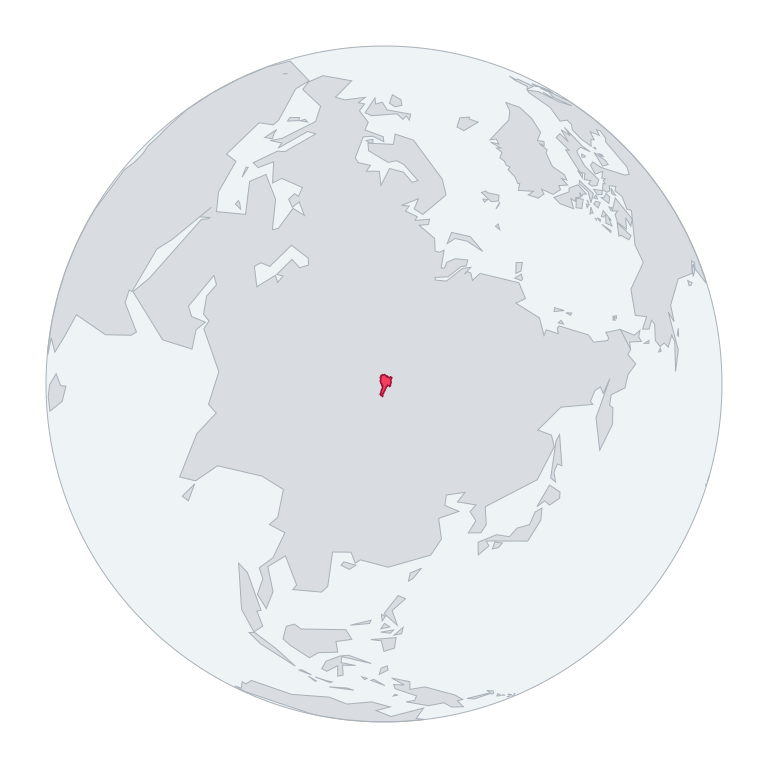 the Earth from above Bayan-Ölgiy, rotated 47°
{"feature_id": "MNG-3208", "entity_name": "Bayan-Ölgiy", "entity_type": "Province", "adm_level": 1, "iso_a3": "MNG", "parent_name": "Mongolia", "parent_adm1": "", "projection": "orthographic", "projection_center": [89.851, 48.282], "detail": "fine", "context": "on_globe", "style": "filled", "palette": "rose", "viewbox_px": 768, "rotation_deg": 47, "n_neighbors": 0, "source": "natural_earth", "source_scale": "10m", "svg_char_len": 14507}
<svg xmlns="http://www.w3.org/2000/svg" viewBox="0 0 768 768"><g transform="rotate(47 384 384)"><circle cx="384" cy="384" r="338" fill="#eef3f6" stroke="#a8b0b8"/><path d="M527.0,77.8L529.0,79.5L511.7,77.9L507.4,74.4L503.7,75.0L509.0,79.8L513.3,82.9L507.8,97.1L521.8,120.6L536.4,129.4L525.3,127.1L559.6,145.4L573.7,162.2L551.5,142.6L544.5,140.3L550.9,151.0L545.1,151.1L544.8,156.5L537.3,155.9L524.9,145.3L519.8,144.9L524.7,152.6L520.2,157.4L513.8,146.0L505.2,153.4L483.0,138.7L472.0,111.5L453.5,105.6L425.7,84.6L422.0,87.2L409.2,82.0L400.2,83.3L397.6,79.7L392.6,84.1L396.7,87.2L395.8,90.3L390.9,91.6L386.7,87.0L388.6,85.7L384.8,85.0L384.9,82.3L382.1,84.4L377.6,79.1L374.6,86.4L364.9,83.9L364.0,79.9L373.7,77.6L395.7,65.2L397.8,61.7L390.9,58.3L357.5,56.7L355.8,54.4L346.4,53.2L342.9,55.2L349.0,57.0L340.2,61.2L348.7,63.7L346.4,66.0L351.3,70.3L340.1,72.6L326.6,72.9L321.9,69.8L315.9,70.1L311.8,76.0L295.1,73.8L269.8,79.3L266.7,78.8L275.6,71.6L296.9,63.5L308.6,56.9L290.4,64.5L282.7,64.4L277.0,66.1L271.3,68.4L270.1,70.0L265.2,71.0L281.3,63.1L286.0,62.0L280.8,64.3L290.8,60.8L301.6,56.7L296.9,57.7L308.9,54.5L333.3,49.9L357.9,47.1L382.7,46.1L407.5,46.9L432.2,49.5L456.6,54.0L480.6,60.2L504.1,68.2L527.0,77.8ZM673.1,209.1L672.9,208.8L672.9,208.6L673.1,209.1ZM673.2,209.3L673.6,209.9L673.6,210.0L673.2,209.3ZM674.2,211.1L673.5,209.8L674.6,211.8L674.2,211.1ZM675.8,214.2L674.8,212.3L675.1,212.7L675.8,214.2ZM677.4,217.5L677.6,218.2L676.5,216.1L677.4,217.5ZM516.2,84.5L509.7,80.0L507.1,76.0L513.2,79.6L516.2,84.5ZM520.2,93.8L515.5,91.3L520.0,89.7L521.3,91.6L520.2,93.8ZM548.1,136.1L543.9,130.7L550.0,136.0L548.1,136.1ZM546.1,157.4L549.2,159.1L547.8,161.3L546.1,157.4ZM357.0,68.8L354.2,69.5L354.8,68.3L357.0,68.8ZM361.9,70.1L364.5,68.3L367.2,68.6L365.5,69.8L361.9,70.1ZM534.9,162.6L531.7,165.9L532.8,160.6L534.9,162.6ZM357.9,72.4L371.7,69.6L376.3,70.4L373.7,75.6L357.9,72.4ZM528.4,166.7L520.8,175.8L526.9,180.0L505.3,173.9L518.9,167.8L519.4,160.3L523.2,165.6L528.4,166.7ZM400.1,87.7L395.5,84.4L403.9,86.0L400.1,87.7ZM405.7,88.0L432.6,89.9L436.9,95.9L427.0,93.8L436.2,101.1L425.1,103.0L417.5,99.4L416.9,95.1L413.1,99.2L405.7,88.0ZM494.6,169.4L490.9,170.3L492.4,167.4L494.6,169.4ZM396.2,91.7L401.2,91.3L405.3,96.4L395.9,98.1L397.6,95.9L396.2,91.7ZM444.1,102.2L445.5,106.6L436.8,109.3L436.2,111.4L425.2,103.6L444.1,102.2ZM394.2,95.4L391.0,98.9L384.6,97.9L391.5,92.5L394.2,95.4ZM410.3,97.1L411.8,99.7L407.9,98.7L410.3,97.1ZM360.0,96.9L366.0,95.8L368.6,98.3L360.0,96.9ZM390.3,100.4L392.5,100.7L394.2,101.7L390.9,103.8L390.3,100.4ZM419.8,106.2L415.9,106.6L423.9,109.5L417.7,112.0L411.5,106.5L411.6,109.9L409.7,110.7L406.7,105.4L419.8,106.2ZM392.6,109.1L382.6,103.5L370.9,104.6L368.3,102.3L387.5,101.0L392.6,109.1ZM401.2,107.3L395.3,107.8L394.9,104.5L398.8,102.1L401.2,107.3ZM415.8,115.8L426.8,113.4L427.8,114.8L415.8,115.8ZM389.3,110.0L391.8,111.3L388.5,110.4L389.3,110.0ZM407.7,114.7L411.5,113.5L412.5,115.1L407.7,114.7ZM393.6,115.2L390.4,113.3L392.9,111.5L393.6,115.2ZM400.1,115.5L400.6,117.9L395.7,112.0L401.6,114.7L400.1,115.5ZM408.0,116.3L409.9,116.8L406.3,116.6L408.0,116.3ZM386.0,123.4L379.3,116.5L384.8,112.4L390.6,119.6L386.0,123.4ZM72.4,253.2L75.3,248.0L83.9,232.4L111.2,232.0L107.9,247.2L119.2,281.2L119.0,288.3L107.8,297.1L108.4,342.4L120.2,340.4L130.5,373.8L143.6,389.0L165.5,369.6L144.2,344.1L150.2,327.4L175.0,337.3L195.1,360.5L198.1,354.8L193.5,330.8L206.5,327.2L192.9,321.8L192.3,330.5L183.8,327.7L183.9,319.6L188.4,318.5L184.7,309.7L163.9,318.5L161.0,328.4L146.2,313.2L140.0,328.4L133.0,328.7L141.0,303.1L146.5,297.8L154.5,263.4L147.3,267.5L139.3,300.5L138.1,294.3L128.3,301.2L134.8,291.1L145.4,255.1L137.6,240.9L113.1,242.6L111.6,233.4L116.8,218.4L140.2,200.9L141.1,223.8L149.4,219.0L161.6,202.2L160.8,210.9L165.9,207.2L167.4,215.6L181.8,217.0L185.2,224.7L202.6,215.9L206.7,218.9L195.2,223.1L189.1,230.6L199.0,250.8L204.4,251.9L214.9,244.8L216.3,251.8L225.2,242.4L236.7,250.8L230.2,233.0L242.4,225.3L255.7,225.8L258.5,220.4L236.8,219.8L229.2,222.6L224.6,229.9L202.9,236.2L196.9,231.5L215.2,213.7L208.8,205.4L225.8,196.1L274.0,201.7L288.1,209.7L286.5,240.0L276.5,242.5L272.0,232.5L265.3,249.3L271.0,244.2L272.2,250.4L284.2,245.5L285.6,249.7L294.6,238.2L297.6,242.8L291.9,250.0L312.1,247.7L321.6,256.0L325.6,253.6L327.0,248.7L338.1,263.0L340.5,260.7L337.8,255.0L340.8,246.7L350.4,238.1L353.7,243.5L350.7,247.3L349.3,264.0L340.8,274.1L343.1,275.5L351.3,268.2L353.0,247.7L357.9,241.0L358.5,250.4L358.7,246.4L362.1,244.9L368.6,248.6L368.6,238.3L402.0,216.3L418.0,222.2L414.8,232.4L441.7,225.2L457.6,233.9L455.0,228.4L466.2,222.2L461.4,219.3L461.0,216.3L487.5,201.0L496.3,202.2L504.8,190.8L503.5,188.2L497.5,186.6L505.3,173.9L526.9,180.0L528.8,185.5L541.0,186.2L543.5,199.0L551.2,210.4L546.8,225.1L553.3,233.4L557.4,232.8L569.3,244.3L579.6,271.4L553.3,252.0L534.2,215.3L540.4,230.1L533.7,227.7L532.6,233.9L537.4,244.7L541.3,245.2L521.6,270.4L522.6,302.9L535.6,296.4L546.0,302.3L558.5,337.2L542.8,393.6L556.5,405.0L558.9,414.6L550.4,424.0L546.7,410.1L536.0,408.1L535.2,399.2L520.3,410.7L518.5,398.6L507.7,414.1L514.3,422.3L528.2,416.1L519.6,435.7L536.6,447.8L541.0,466.5L520.8,505.9L496.4,521.3L495.4,527.2L484.5,522.8L471.8,536.2L493.6,563.1L493.6,571.6L472.2,590.9L471.4,585.0L442.5,573.3L438.3,593.5L460.3,606.9L467.9,623.2L451.5,620.0L443.7,605.3L433.4,600.7L435.3,583.6L425.2,557.9L408.6,563.6L409.0,552.6L392.5,529.5L368.2,536.0L330.2,561.6L326.3,587.9L312.6,596.9L292.7,554.8L290.8,526.5L279.2,526.2L262.4,496.4L220.7,478.1L218.6,468.9L209.9,468.4L198.7,453.8L197.2,438.8L188.6,434.3L193.7,473.9L203.4,478.7L217.0,472.5L216.2,484.5L227.5,500.6L200.8,515.8L145.3,504.6L146.6,483.2L139.1,405.2L143.0,400.2L143.3,399.4L143.6,397.9L136.0,404.8L137.0,389.8L133.8,440.6L130.4,458.2L144.5,505.2L141.5,506.3L148.0,517.9L177.2,529.6L175.9,535.7L158.0,554.1L123.6,561.7L132.0,587.4L136.2,602.9L123.3,596.0L133.3,609.9L127.9,604.5L111.4,583.7L96.5,561.6L83.4,538.5L72.2,514.4L63.0,489.5L58.9,475.2L50.3,427.6L51.6,415.4L51.1,403.1L48.9,393.8L49.1,379.0L48.5,371.9L48.8,341.5L54.0,311.4L61.9,281.9L72.4,253.2ZM91.3,242.8L88.0,246.5L91.3,242.8ZM209.5,398.5L226.1,410.7L230.5,389.3L237.2,392.4L236.2,384.3L230.7,387.7L230.1,366.3L241.5,366.4L245.5,358.0L240.2,353.6L219.4,357.0L220.1,387.3L211.3,391.4L209.5,398.5ZM281.8,64.8L280.4,65.5L274.2,67.8L276.4,66.5L281.8,64.8ZM251.3,81.0L244.2,82.3L250.8,80.2L252.4,78.2L268.2,71.8L265.9,78.3L264.1,76.3L251.3,81.0ZM288.8,66.0L279.0,68.7L289.8,65.5L288.8,66.0ZM192.4,180.9L188.9,186.7L182.4,188.5L178.2,180.6L187.6,177.7L192.4,180.9ZM185.5,194.9L204.9,180.5L208.3,185.4L203.1,185.0L203.4,189.7L195.2,190.3L179.5,209.9L172.8,212.9L168.6,195.5L173.6,199.2L176.7,193.0L185.5,194.9ZM248.3,141.0L256.7,136.5L253.2,152.9L245.8,155.3L241.0,147.0L247.1,139.4L248.3,141.0ZM350.6,82.8L354.1,81.3L355.2,82.4L353.2,84.6L350.6,82.8ZM362.6,96.2L336.7,91.4L339.4,89.2L321.1,89.9L320.9,84.6L332.7,84.1L318.9,81.0L329.5,78.4L319.4,77.1L345.8,76.7L354.8,74.8L344.9,78.8L344.8,83.7L347.4,85.2L361.7,88.5L381.1,87.6L384.1,92.9L381.1,96.9L376.9,97.9L376.3,94.0L371.1,98.2L367.0,93.4L362.6,96.2ZM344.0,149.6L345.0,143.2L334.0,153.7L329.8,147.8L328.8,149.4L321.9,147.0L311.8,147.0L311.3,143.8L307.6,145.3L302.9,144.0L297.6,145.0L294.9,139.8L288.2,140.8L290.8,137.8L280.0,141.1L286.8,136.4L281.4,134.7L277.7,140.1L276.0,112.6L270.0,105.7L261.3,102.9L274.1,96.1L290.5,94.9L306.7,97.8L310.6,105.8L315.7,101.6L319.1,104.4L313.6,106.5L324.0,105.0L325.4,107.9L339.8,112.5L354.0,109.3L359.6,111.2L354.7,114.0L363.7,114.0L358.3,120.7L362.2,122.4L360.7,131.0L349.0,135.9L354.2,137.5L353.3,144.5L344.0,149.6ZM385.2,125.8L372.1,132.3L363.4,132.5L369.7,117.5L366.9,115.1L370.6,106.2L383.1,106.4L380.9,108.8L381.7,111.3L377.4,110.2L381.4,112.9L378.5,116.5L380.8,119.7L375.9,120.9L385.2,125.8ZM124.7,288.9L125.6,293.1L128.4,298.4L122.3,303.1L124.7,288.9ZM131.5,264.1L133.2,266.7L125.9,275.3L125.0,271.1L131.5,264.1ZM140.3,261.2L133.8,266.2L136.8,261.0L140.3,261.2ZM197.5,225.2L200.1,227.8L197.9,230.1L193.6,231.1L197.5,225.2ZM310.4,182.1L312.3,177.8L314.6,178.0L324.3,171.1L328.2,175.4L323.9,181.1L310.4,182.1ZM158.4,369.6L151.0,369.9L150.6,365.3L153.2,366.1L158.4,369.6ZM133.0,335.6L135.9,346.6L131.3,336.8L133.0,335.6ZM316.2,185.6L319.8,182.2L319.5,186.5L316.2,185.6ZM331.5,178.2L332.3,182.7L329.8,175.1L331.5,178.2ZM177.2,631.2L176.0,646.8L164.4,638.3L156.5,629.1L152.9,616.8L164.6,621.6L168.7,618.1L177.2,631.2ZM546.1,638.6L555.0,636.0L554.6,637.0L546.1,638.6ZM537.0,638.9L547.3,635.5L534.9,641.5L537.0,638.9ZM551.3,634.1L561.9,628.3L566.5,625.0L565.5,627.2L551.3,634.1ZM529.8,641.3L489.8,651.5L473.7,652.1L477.8,648.0L503.8,643.4L529.8,641.3ZM476.5,648.2L451.6,641.8L415.9,612.5L428.7,612.4L465.7,628.3L463.4,631.9L478.5,637.8L476.5,648.2ZM535.8,615.1L533.3,625.3L511.5,630.7L501.5,631.7L494.6,620.7L498.5,613.3L506.8,611.6L537.7,579.4L548.8,581.7L539.6,594.8L548.6,600.7L535.8,615.1ZM327.9,590.6L336.0,606.7L328.5,608.0L327.9,590.6ZM549.3,557.9L537.5,573.0L547.9,554.6L549.3,557.9ZM554.9,541.3L556.1,546.9L550.7,543.0L554.9,541.3ZM496.0,535.8L487.3,539.0L486.6,534.7L497.4,528.1L496.0,535.8ZM544.3,482.1L546.0,495.5L544.9,500.6L540.1,493.8L544.3,482.1ZM354.3,221.4L336.4,225.7L326.1,232.7L324.4,242.1L319.2,231.2L335.1,220.4L354.3,221.4ZM395.8,216.1L397.2,208.6L401.7,211.0L402.0,213.1L395.8,216.1ZM393.1,212.2L385.3,204.6L389.5,199.9L394.8,206.7L393.1,212.2ZM350.1,194.1L344.6,194.9L344.9,191.3L350.1,194.1ZM582.8,657.3L574.8,662.6L514.6,695.2L502.9,699.2L509.1,695.8L504.9,690.7L509.1,689.6L510.4,683.1L547.9,663.3L575.8,637.5L592.8,629.4L608.0,609.9L624.4,599.7L617.4,612.5L631.9,605.7L648.0,576.0L650.6,588.6L656.9,583.2L656.3,584.1L640.1,604.5L622.4,623.5L603.2,641.2L582.8,657.3ZM699.4,503.4L700.5,500.5L699.4,503.4ZM568.1,630.7L580.9,618.6L587.4,614.8L568.1,630.7ZM698.8,503.5L696.6,507.6L697.1,505.9L698.8,503.5ZM699.5,500.2L699.6,498.9L700.1,500.4L699.5,500.2ZM695.9,504.3L698.2,502.4L695.5,505.3L695.9,504.3ZM694.1,507.7L692.1,509.8L692.3,509.0L694.1,507.7ZM665.8,546.3L674.1,546.1L666.3,554.9L658.0,557.6L649.5,571.0L631.5,584.6L636.3,577.4L634.3,572.9L614.4,583.7L610.4,581.9L617.9,574.5L604.2,579.0L619.3,568.1L625.0,573.4L633.4,560.7L646.9,552.3L659.3,544.5L668.3,541.5L665.8,546.3ZM618.5,587.7L621.0,586.0L618.5,590.0L618.5,587.7ZM688.2,511.7L691.1,510.9L690.6,512.5L689.0,514.2L688.2,511.7ZM670.6,537.8L680.7,519.7L682.9,517.1L676.0,532.6L670.6,537.8ZM678.7,517.6L683.0,513.4L684.9,514.7L684.0,516.9L678.7,517.6ZM587.8,597.0L587.0,599.8L583.0,599.9L587.8,597.0ZM593.1,592.9L605.1,589.1L591.9,595.6L593.1,592.9ZM554.7,600.8L558.4,605.5L570.4,596.8L561.3,606.1L569.0,612.4L566.1,617.1L558.5,610.0L555.1,621.8L549.7,623.6L547.2,615.5L552.8,601.9L558.2,594.9L579.6,584.0L554.7,600.8ZM593.2,585.6L589.9,580.0L592.3,573.9L595.9,576.0L593.2,585.6ZM579.5,566.4L570.0,561.1L562.0,567.9L577.7,548.1L584.3,556.5L579.5,566.4ZM570.6,549.3L563.1,555.7L570.4,544.8L570.6,549.3ZM560.8,553.3L559.4,546.9L565.6,545.4L560.8,553.3ZM574.6,547.9L575.0,536.0L578.6,541.4L574.6,547.9ZM555.2,532.6L569.5,538.8L551.9,540.5L548.4,517.9L555.7,514.7L555.2,532.6ZM578.5,417.3L575.2,410.7L581.0,405.9L581.7,411.8L578.5,417.3ZM596.9,386.0L581.5,402.5L568.5,416.3L573.9,417.6L573.3,431.6L563.9,423.1L571.0,404.5L581.2,396.4L580.2,384.9L586.1,373.4L580.7,360.9L582.5,353.1L590.5,362.2L596.9,386.0ZM578.0,355.8L570.8,331.9L583.0,328.9L587.3,333.4L585.4,345.5L579.1,346.3L578.0,355.8ZM572.6,325.4L566.4,326.2L542.8,296.8L540.8,290.1L565.2,309.8L560.7,311.7L564.4,319.8L572.6,325.4ZM493.4,172.9L491.1,170.5L495.0,171.4L493.4,172.9ZM458.1,214.9L458.2,211.0L462.7,211.8L458.1,214.9ZM461.1,200.7L455.9,202.5L460.0,198.3L461.1,200.7ZM444.6,207.1L453.2,202.1L447.0,210.2L444.6,207.1Z" fill="#d9dde1" stroke="#a8b0b8" stroke-width="1"/><path d="M376.4,381.1L376.2,381.0L376.1,380.9L376.0,380.7L375.9,380.5L375.8,380.4L375.8,380.2L376.2,380.0L376.3,379.9L376.3,379.6L376.2,379.5L376.1,379.4L376.2,379.2L376.2,378.9L376.2,378.7L376.3,378.7L376.7,378.7L376.8,378.6L377.0,378.4L377.3,378.2L377.5,377.9L377.4,377.8L377.3,377.6L377.4,377.4L377.5,377.3L377.5,377.2L378.4,376.9L378.6,377.0L379.0,377.0L379.0,376.9L379.3,376.8L379.5,377.0L380.2,377.2L380.3,377.1L380.2,376.9L380.2,376.7L380.3,376.5L380.5,376.8L380.6,377.0L380.8,377.0L381.4,376.8L381.5,376.7L381.5,376.4L381.4,376.2L381.5,376.1L381.9,376.3L382.0,376.3L382.3,376.2L382.6,376.0L382.7,375.9L383.1,375.7L383.4,375.6L383.5,375.4L383.4,375.3L383.2,375.2L383.2,374.9L383.1,374.7L383.1,374.4L383.3,374.3L383.5,374.2L384.1,374.2L384.3,374.2L384.5,373.9L384.8,374.0L385.0,374.4L385.1,374.7L385.2,374.9L385.2,375.0L385.2,375.3L385.5,375.7L385.5,375.8L385.6,376.1L385.7,376.3L385.8,376.4L385.9,376.5L386.6,376.9L387.0,377.2L387.1,377.3L387.1,377.5L387.2,377.8L387.3,377.9L387.5,377.9L387.9,377.9L388.0,378.0L388.1,378.3L388.1,378.5L388.4,378.9L388.4,379.0L388.5,379.3L388.8,379.8L389.2,380.0L389.3,380.0L389.4,380.3L389.5,380.4L389.6,380.5L389.8,381.1L389.8,381.4L389.8,381.5L389.6,381.5L389.2,381.4L388.9,381.5L387.7,382.0L387.3,382.1L387.3,382.3L387.6,382.5L387.9,383.1L387.9,383.3L387.7,383.5L387.7,383.8L387.7,384.0L387.8,384.7L387.9,384.8L387.9,385.0L388.0,385.0L388.3,385.4L388.4,385.5L388.6,386.1L388.9,387.1L389.1,387.3L389.2,387.5L389.3,387.6L389.6,388.5L389.6,388.8L389.6,389.0L389.7,389.4L390.2,390.1L390.5,390.4L390.5,390.6L390.3,391.1L390.3,391.3L390.3,391.5L390.4,391.8L390.6,391.9L390.7,392.0L390.9,392.1L391.2,392.3L391.6,392.7L391.9,393.1L392.2,393.3L392.2,393.5L391.5,393.6L391.0,393.7L390.9,393.7L390.7,393.6L390.5,394.0L390.3,394.1L390.2,394.1L390.0,393.9L389.8,393.6L389.7,393.5L389.4,393.5L389.1,393.4L388.8,393.3L388.7,393.4L388.7,393.1L388.5,392.9L388.4,392.7L388.4,392.4L388.3,392.2L388.2,392.1L388.2,391.9L388.0,391.7L387.9,391.6L387.7,391.6L386.5,389.7L386.6,389.4L386.5,389.2L386.4,389.2L386.4,388.8L386.4,388.6L386.2,388.5L386.1,388.4L386.0,388.1L385.9,388.0L385.9,387.9L386.0,387.7L385.9,387.6L385.4,387.5L385.2,387.4L384.9,387.1L384.8,386.9L384.8,386.7L384.8,386.4L384.6,386.4L384.4,386.3L384.3,386.5L384.1,386.7L383.7,386.7L383.5,386.4L383.4,386.3L383.2,386.3L383.2,386.2L383.0,385.9L382.9,385.9L382.9,385.7L382.6,385.5L382.3,385.5L382.1,385.4L382.0,385.5L381.8,385.6L381.7,385.7L381.6,385.8L381.3,385.7L380.9,385.7L380.4,385.1L380.2,385.0L379.9,385.0L379.8,384.9L379.5,384.6L379.4,384.6L379.2,384.6L379.0,384.4L379.0,384.2L378.9,384.0L378.9,383.9L379.0,383.7L378.7,383.3L378.4,383.3L378.3,383.2L378.1,382.9L377.7,382.7L377.4,382.7L377.2,382.5L377.1,382.4L376.9,382.4L376.7,382.3L376.6,382.2L376.7,381.9L376.8,381.8L376.8,381.7L377.0,381.6L377.0,381.4L376.9,381.3L376.7,381.1L376.4,381.1Z" fill="#f43f5e" stroke="#9f1239" stroke-width="1.5"/></g></svg>